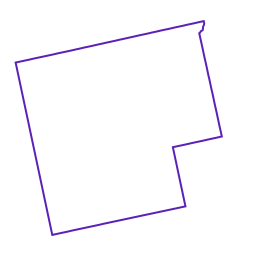 the district of Peterborough, South Australia, Australia, rotated 168°
{"feature_id": "25037944B63042885451223", "entity_name": "Peterborough", "entity_type": "district", "adm_level": 2, "iso_a3": "AUS", "parent_name": "Australia", "parent_adm1": "South Australia", "projection": "robinson", "projection_center": [138.942, -32.848], "detail": "fine", "context": "isolated", "style": "outline", "palette": "violet", "viewbox_px": 256, "rotation_deg": 168, "n_neighbors": 0, "source": "geoboundaries", "source_scale": "gbopen_adm2", "svg_char_len": 2037}
<svg xmlns="http://www.w3.org/2000/svg" viewBox="0 0 256 256"><g transform="rotate(168 128 128)"><path d="M224.3,215.4L224.3,186.5L224.3,170.5L224.3,142.6L224.3,142.0L224.3,130.1L224.3,129.9L224.3,128.5L224.3,113.6L224.3,109.5L224.3,91.6L224.3,81.3L224.3,59.8L224.3,55.8L224.3,46.5L224.3,46.2L224.3,43.1L224.3,39.2L220.3,39.2L216.3,39.2L210.2,39.2L207.9,39.2L205.3,39.3L205.2,39.3L201.0,39.3L197.7,39.3L192.8,39.3L188.2,39.3L184.8,39.3L176.5,39.3L172.4,39.4L168.8,39.4L161.9,39.4L159.3,39.4L155.1,39.4L150.1,39.4L144.9,39.4L139.7,39.4L134.1,39.4L129.4,39.4L127.9,39.4L125.9,39.4L117.7,39.4L113.3,39.4L109.6,39.4L101.5,39.4L97.5,39.4L92.2,39.4L88.1,39.4L88.1,45.8L88.1,59.8L88.1,91.7L88.1,99.9L81.7,99.9L76.4,99.9L76.2,99.9L66.7,100.0L62.3,100.0L57.3,100.0L51.9,100.1L48.0,100.1L44.0,100.1L38.0,100.2L38.0,101.5L38.0,104.9L38.1,110.2L38.1,124.9L38.2,133.3L38.2,137.3L38.2,138.5L38.2,143.5L38.2,145.6L38.3,147.8L38.3,160.7L38.4,161.0L38.4,166.7L38.4,171.0L38.4,173.9L38.5,181.3L38.5,184.0L38.5,185.1L38.5,187.1L38.5,191.0L38.6,205.9L37.8,206.2L36.5,207.6L34.9,208.0L34.4,208.5L33.9,210.3L33.6,211.1L33.2,211.9L32.3,213.0L31.7,214.3L31.7,216.8L35.6,216.8L41.6,216.7L47.6,216.7L48.7,216.7L48.8,216.7L53.0,216.6L54.9,216.6L55.1,216.6L55.3,216.6L55.5,216.6L56.0,216.6L56.7,216.6L57.0,216.6L57.3,216.6L57.5,216.6L57.8,216.6L58.0,216.6L58.3,216.6L58.7,216.6L58.9,216.6L59.2,216.6L59.4,216.6L59.8,216.6L60.2,216.6L60.3,216.6L60.5,216.6L66.2,216.5L66.3,216.5L71.7,216.5L77.8,216.5L77.8,216.4L78.5,216.4L81.8,216.4L85.4,216.4L87.9,216.3L88.3,216.3L91.6,216.3L91.9,216.3L97.8,216.3L103.6,216.2L103.9,216.2L104.0,216.2L104.7,216.2L105.0,216.2L105.5,216.2L105.9,216.2L113.4,216.1L113.5,216.1L118.1,216.1L122.4,216.0L126.6,216.0L128.1,216.0L131.5,216.0L136.4,215.9L140.3,215.9L146.0,215.8L151.2,215.8L154.6,215.8L159.1,215.7L162.1,215.7L168.7,215.6L173.6,215.6L178.0,215.6L181.2,215.6L186.6,215.5L191.0,215.5L196.3,215.5L199.5,215.5L205.3,215.5L210.1,215.4L214.1,215.4L217.2,215.4L224.3,215.4Z" fill="none" stroke="#5b21b6" stroke-width="2"/></g></svg>